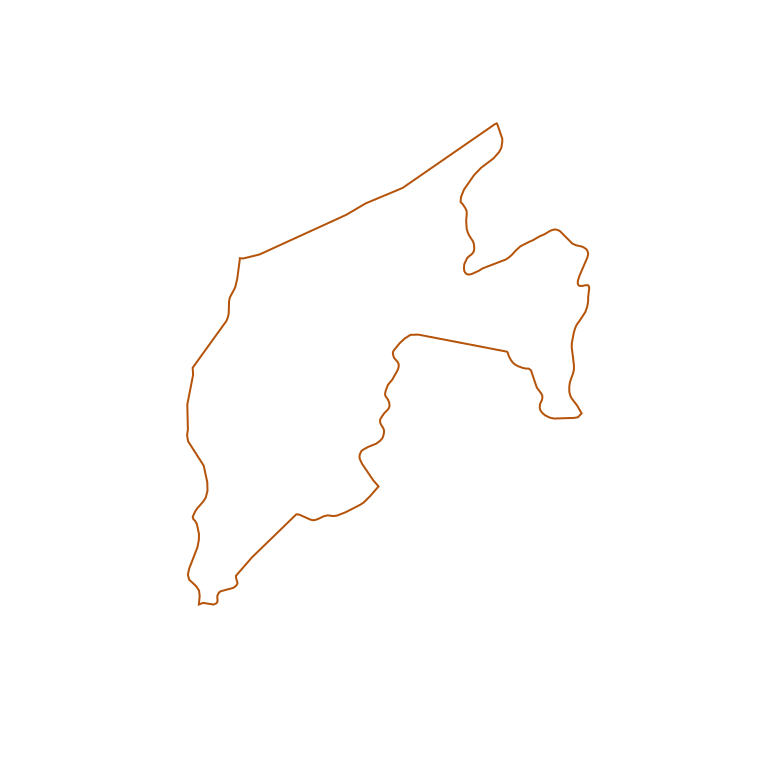 the border of Thiès, rotated 29°
{"feature_id": "SEN-768", "entity_name": "Thiès", "entity_type": "Region", "adm_level": 1, "iso_a3": "SEN", "parent_name": "Senegal", "parent_adm1": "", "projection": "natural_earth1", "projection_center": [-16.596, 14.801], "detail": "fine", "context": "isolated", "style": "outline", "palette": "amber", "viewbox_px": 768, "rotation_deg": 29, "n_neighbors": 0, "source": "natural_earth", "source_scale": "10m", "svg_char_len": 3381}
<svg xmlns="http://www.w3.org/2000/svg" viewBox="0 0 768 768"><g transform="rotate(29 384 384)"><path d="M196.9,343.9L200.1,342.4L212.3,331.1L269.1,254.1L280.4,234.9L305.2,203.5L354.8,103.4L356.2,101.4L357.9,102.5L368.7,112.3L370.2,115.3L372.0,120.2L372.2,122.4L372.2,125.2L370.5,133.3L364.1,147.8L361.5,157.5L359.7,175.2L360.7,183.2L362.8,187.7L365.7,188.6L369.9,190.8L372.0,192.3L373.3,194.0L374.3,195.9L376.6,201.2L380.9,207.9L382.2,209.3L383.5,210.6L386.6,212.9L392.3,215.9L394.4,217.6L396.8,220.9L397.8,223.0L398.3,225.3L398.0,227.1L397.5,228.8L396.7,230.4L396.2,231.7L395.7,233.5L396.1,240.3L397.8,243.9L399.3,246.1L401.1,247.3L402.9,247.7L404.7,247.4L406.3,246.3L407.6,245.0L412.2,238.8L414.1,235.2L430.2,216.0L432.0,212.5L433.4,208.4L434.4,203.8L436.5,197.5L442.0,189.3L444.3,186.4L448.4,179.6L451.9,175.0L454.9,169.8L456.0,168.3L457.4,166.9L459.0,165.7L461.2,165.1L463.9,165.0L480.7,169.9L484.9,169.5L490.3,167.9L492.3,167.7L495.7,168.0L497.7,169.2L499.2,170.7L499.9,172.5L500.5,174.6L502.5,194.6L503.6,200.0L504.9,202.4L506.5,203.4L508.2,203.1L509.7,202.2L512.8,199.6L514.8,198.7L516.2,199.6L517.2,201.1L520.4,209.0L521.4,210.7L522.7,213.4L524.2,217.7L525.2,223.4L524.4,234.1L524.1,235.8L523.8,239.5L524.2,243.0L525.1,247.1L528.5,257.3L530.4,260.9L540.9,275.3L542.8,278.7L543.6,280.8L544.2,283.1L545.4,290.6L546.2,293.6L547.4,296.6L549.8,300.9L551.7,303.0L553.6,304.7L555.3,305.7L563.3,309.2L571.1,313.9L569.7,319.1L566.7,321.5L549.6,331.7L545.5,333.0L540.7,333.3L537.7,332.9L535.4,332.1L533.5,331.1L532.1,329.8L531.1,328.1L530.3,326.1L530.0,323.8L529.9,321.4L529.2,319.2L527.9,317.2L525.6,315.8L519.7,313.2L518.2,312.0L506.2,301.0L504.4,300.5L503.0,300.5L502.4,300.7L502.2,300.8L501.7,301.2L500.1,301.9L497.4,302.7L492.2,303.5L489.1,303.4L486.5,302.9L483.3,301.5L479.1,298.7L478.3,297.7L477.3,296.8L475.9,296.1L390.0,324.2L383.3,328.2L380.0,334.3L377.9,340.8L376.2,350.1L376.5,352.1L377.2,353.3L379.2,355.5L380.7,356.5L383.9,357.6L385.7,358.4L387.2,359.5L388.2,361.2L388.9,363.4L389.2,365.9L389.1,376.4L388.2,380.8L387.9,383.1L388.6,388.1L389.1,390.4L389.9,392.5L391.2,393.9L394.7,395.5L396.2,396.6L397.7,398.0L398.8,399.4L399.7,401.1L399.9,403.1L399.7,404.9L398.4,409.4L398.0,412.8L397.8,416.4L398.4,418.3L399.5,419.7L401.0,420.9L404.4,422.8L405.9,423.9L407.1,425.5L407.9,427.5L408.5,429.8L408.9,432.3L408.0,435.9L406.1,440.0L400.8,446.5L398.4,450.2L396.8,453.2L396.8,455.6L397.1,457.9L398.0,459.8L399.2,461.3L403.4,464.4L421.4,473.5L428.9,476.2L426.2,488.8L423.7,497.4L421.9,500.9L412.5,514.9L406.6,522.0L403.5,524.2L399.7,525.6L398.0,526.5L395.3,529.1L391.8,534.0L390.5,535.5L389.1,536.8L387.3,537.8L385.2,538.3L373.5,539.3L371.8,539.8L370.5,540.5L352.6,599.5L347.5,623.5L348.6,625.3L349.9,626.7L351.4,628.0L352.6,629.6L352.5,632.1L351.0,635.4L341.8,644.3L340.8,646.2L340.8,649.7L341.8,651.7L343.1,653.6L343.9,655.3L343.6,657.4L341.9,659.5L331.8,663.2L329.0,666.6L325.6,658.9L322.4,654.4L317.8,651.9L308.5,649.6L304.9,645.9L303.1,639.9L300.0,617.3L297.7,610.2L294.9,604.9L288.1,597.1L285.0,595.2L282.7,594.6L281.1,592.9L280.6,587.4L281.0,583.1L282.8,574.9L283.2,570.1L281.5,563.2L277.2,555.8L266.0,542.9L240.5,529.1L236.6,524.3L234.5,518.8L221.9,497.3L212.6,468.5L208.8,462.6L208.8,462.3L215.6,405.3L215.1,401.4L214.0,397.6L208.4,386.8L207.2,383.0L207.1,373.1L206.8,370.9L204.7,363.3L197.3,344.5L196.9,343.9Z" fill="none" stroke="#b45309" stroke-width="2"/></g></svg>